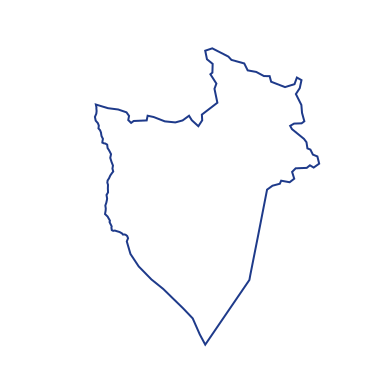 the district of Huerfano, Colorado, United States of America, rotated 105°
{"feature_id": "52423323B93107180382788", "entity_name": "Huerfano", "entity_type": "district", "adm_level": 2, "iso_a3": "USA", "parent_name": "United States of America", "parent_adm1": "Colorado", "projection": "orthographic", "projection_center": [-105.039, 37.654], "detail": "fine", "context": "isolated", "style": "outline", "palette": "blue", "viewbox_px": 384, "rotation_deg": 105, "n_neighbors": 0, "source": "geoboundaries", "source_scale": "gbopen_adm2", "svg_char_len": 1853}
<svg xmlns="http://www.w3.org/2000/svg" viewBox="0 0 384 384"><g transform="rotate(105 192 192)"><path d="M52.1,215.8L59.9,211.9L62.9,205.2L71.4,203.2L73.5,204.7L81.0,196.5L86.5,197.0L99.2,190.6L114.7,202.5L120.1,200.7L126.8,202.9L122.7,210.8L119.1,214.6L125.3,219.6L129.1,226.1L130.8,236.5L129.5,248.5L129.8,254.6L134.6,254.3L138.5,266.7L141.0,268.7L139.0,272.2L134.8,272.5L132.0,275.9L131.4,284.6L132.8,294.9L132.4,307.5L135.0,306.2L135.7,306.1L138.5,305.1L141.1,304.7L144.6,305.2L148.0,303.5L149.9,300.7L152.0,299.2L154.8,298.8L156.1,296.8L158.3,295.2L159.4,294.8L161.5,293.8L163.7,291.8L166.2,291.6L167.5,291.4L167.8,289.7L167.6,288.4L168.2,286.2L171.4,284.9L173.1,283.0L176.4,280.0L180.2,279.8L183.8,277.5L186.9,275.2L190.0,274.9L192.6,273.4L194.7,274.3L197.2,275.2L200.3,275.7L202.7,276.5L204.9,276.2L206.8,275.0L210.3,274.2L214.1,273.0L217.0,273.8L220.3,272.3L222.2,272.1L224.6,272.0L227.5,272.2L230.3,271.0L232.4,270.6L235.8,270.3L237.6,267.1L239.4,265.4L239.9,264.8L241.1,263.8L242.3,263.9L243.4,263.0L245.4,261.2L246.0,260.7L247.3,260.6L249.6,259.6L249.9,258.1L249.2,256.5L249.3,255.0L249.4,251.6L250.1,248.9L251.0,247.7L250.5,246.3L250.5,245.0L251.3,243.2L253.2,241.8L256.6,242.2L267.8,235.4L277.7,224.2L287.0,208.5L293.1,194.7L299.4,183.5L306.6,170.6L313.9,158.6L327.6,147.6L336.0,139.7L262.1,113.8L257.2,114.2L216.5,116.9L170.3,120.1L165.1,115.9L161.3,109.3L158.0,108.8L157.3,100.2L152.7,96.7L146.7,100.5L142.3,98.0L139.0,87.4L135.7,85.0L136.9,80.8L131.7,76.5L125.2,80.1L124.6,84.9L120.4,88.6L120.0,91.8L114.3,94.3L111.7,97.6L105.4,111.7L102.7,114.3L99.5,111.1L97.3,103.9L94.6,101.8L87.1,106.2L79.6,108.9L70.5,117.0L63.8,114.8L55.6,115.2L54.3,120.3L61.3,120.9L66.6,129.3L65.0,144.1L60.0,147.0L61.4,152.5L59.4,161.0L60.1,169.7L54.3,174.8L54.2,188.1L51.8,191.9L48.0,209.6L52.1,215.8Z" fill="none" stroke="#1e3a8a" stroke-width="2"/></g></svg>